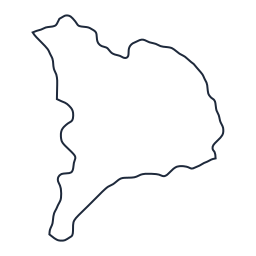 Peralta, Azua, Dominican Republic
{"feature_id": "3306468B32455006078349", "entity_name": "Peralta", "entity_type": "district", "adm_level": 2, "iso_a3": "DOM", "parent_name": "Dominican Republic", "parent_adm1": "Azua", "projection": "albers", "projection_center": [-70.778, 18.591], "detail": "fine", "context": "isolated", "style": "outline", "palette": "slate", "viewbox_px": 256, "rotation_deg": 0, "n_neighbors": 0, "source": "geoboundaries", "source_scale": "gbopen_adm2", "svg_char_len": 3139}
<svg xmlns="http://www.w3.org/2000/svg" viewBox="0 0 256 256"><path d="M215.6,158.4L215.3,154.7L214.9,153.1L214.4,151.7L213.2,150.2L212.6,148.9L212.6,147.4L212.7,146.6L213.5,144.9L214.7,143.4L220.4,137.7L222.2,135.3L223.0,133.5L223.3,131.6L223.3,129.7L223.1,127.9L222.5,126.1L220.6,122.3L220.0,120.6L219.2,116.9L218.7,115.1L216.5,110.4L216.1,108.6L215.4,103.2L215.0,101.5L214.2,100.1L213.7,99.5L211.2,97.7L210.1,96.5L209.1,95.2L208.3,93.6L207.8,90.9L207.2,85.2L206.5,82.6L204.5,78.7L203.4,76.2L202.5,74.5L200.7,72.2L196.8,67.7L193.7,64.0L191.2,62.1L185.2,56.9L183.6,55.9L179.5,53.7L174.1,49.5L172.5,48.5L171.6,48.0L169.8,47.5L167.9,47.2L163.2,46.7L160.5,46.1L155.8,43.9L154.0,43.4L149.5,42.3L147.9,41.6L144.9,40.2L143.2,39.7L141.4,39.7L139.7,40.1L133.5,43.0L132.7,43.4L131.3,44.5L130.2,45.8L129.7,46.6L129.0,48.3L128.7,50.0L128.5,54.3L128.2,55.9L127.8,56.6L127.3,57.2L126.6,57.7L125.9,57.9L125.1,58.0L123.5,57.7L120.0,55.9L118.3,55.4L114.8,54.5L113.1,53.8L111.6,52.9L110.4,51.7L107.9,48.7L107.3,48.1L106.0,47.4L102.0,46.2L101.2,45.8L99.8,44.9L98.6,43.6L98.1,42.9L97.4,41.3L97.0,39.5L96.5,34.2L96.0,32.6L95.5,31.9L95.0,31.3L93.7,30.3L90.1,28.2L88.5,27.5L86.7,27.1L81.3,26.5L79.6,26.1L78.8,25.8L78.1,25.3L77.6,24.8L75.2,21.3L72.7,18.4L70.6,16.5L68.9,15.7L67.0,15.4L65.2,15.6L63.7,16.3L59.4,18.8L56.9,23.8L55.9,25.1L55.2,25.6L54.3,26.0L52.5,26.5L47.7,27.1L45.7,27.5L41.0,29.6L36.5,30.9L32.7,32.4L34.4,34.9L36.4,37.2L44.9,45.9L47.5,48.9L48.6,50.6L50.1,53.9L51.7,57.0L52.4,58.6L53.0,61.3L53.4,66.1L53.9,68.9L54.5,70.5L56.3,74.5L56.9,77.4L57.2,80.4L57.2,84.5L56.9,99.1L61.4,101.2L64.8,102.6L67.1,104.0L69.1,105.8L71.0,107.9L72.0,109.4L72.7,111.1L73.1,113.0L73.2,115.8L72.9,118.5L72.3,120.1L71.8,120.8L71.2,121.4L67.8,123.5L65.8,125.1L63.8,127.0L62.7,128.4L61.8,129.9L61.2,131.8L60.9,133.7L60.9,136.6L61.1,138.5L61.5,140.4L61.8,141.3L62.7,142.9L63.9,144.4L65.2,145.8L71.5,151.9L73.4,153.9L74.5,155.3L74.9,156.0L75.2,156.8L75.3,157.6L75.3,158.4L73.9,162.9L73.2,168.2L72.8,169.9L72.1,171.4L71.6,172.0L70.9,172.5L69.2,173.1L63.5,173.6L61.6,174.0L60.9,174.4L59.5,175.4L58.5,176.8L58.1,177.6L57.8,179.3L58.0,181.1L58.6,182.6L60.0,185.6L60.8,188.5L61.0,190.5L61.2,193.6L61.0,197.8L60.6,199.8L59.9,201.5L57.9,205.3L56.4,208.7L54.8,211.7L54.1,213.3L53.4,216.3L52.8,221.4L52.5,223.4L51.9,225.2L50.5,228.3L49.9,230.0L49.6,231.8L49.4,234.4L54.3,238.2L56.6,239.6L58.3,240.3L60.2,240.6L63.0,240.6L64.9,240.2L67.2,239.0L71.3,236.4L71.9,235.8L72.3,235.1L72.8,233.4L73.0,230.8L73.1,225.1L73.5,222.2L74.2,220.5L75.9,218.1L78.6,215.2L88.7,205.3L102.2,191.8L105.1,189.1L106.6,187.8L108.1,186.7L113.0,184.2L114.4,183.2L118.6,179.8L120.1,178.9L120.9,178.5L122.7,178.0L124.6,177.8L131.4,177.6L134.2,177.3L136.0,176.8L136.8,176.5L140.7,174.7L142.5,174.2L145.3,173.8L151.3,173.8L156.1,174.1L158.9,174.6L162.5,176.0L163.3,176.1L164.0,176.2L164.8,176.0L165.6,175.7L167.1,174.8L168.4,173.6L173.3,168.9L174.8,167.8L176.4,166.9L177.3,166.6L179.4,166.2L181.5,166.1L183.5,166.2L186.5,166.7L188.1,167.2L190.1,168.1L191.2,168.5L191.8,168.5L193.0,168.4L199.5,165.6L204.0,163.0L207.4,161.6L211.2,159.6L212.9,159.0L215.6,158.4Z" fill="none" stroke="#1e293b" stroke-width="2"/></svg>